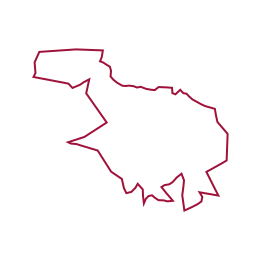 outline of Salvador do Sul, Rio Grande do Sul, Brazil, rotated 9°
{"feature_id": "56859067B24348409477030", "entity_name": "Salvador do Sul", "entity_type": "district", "adm_level": 2, "iso_a3": "BRA", "parent_name": "Brazil", "parent_adm1": "Rio Grande do Sul", "projection": "equal_earth", "projection_center": [-51.535, -29.459], "detail": "fine", "context": "isolated", "style": "outline", "palette": "rose", "viewbox_px": 256, "rotation_deg": 9, "n_neighbors": 0, "source": "geoboundaries", "source_scale": "gbopen_adm2", "svg_char_len": 1247}
<svg xmlns="http://www.w3.org/2000/svg" viewBox="0 0 256 256"><g transform="rotate(9 128 128)"><path d="M64.3,58.5L28.5,66.7L25.5,77.8L28.0,88.1L26.7,92.4L57.0,93.3L62.2,93.5L66.9,97.1L74.0,92.7L77.2,89.6L82.1,86.0L81.3,100.3L106.1,125.9L86.4,143.6L71.1,151.4L74.1,152.3L79.7,151.9L84.0,152.6L101.6,155.0L118.2,173.8L129.9,179.3L133.4,188.1L136.6,192.6L141.3,190.6L144.6,186.1L146.3,181.6L152.2,186.4L153.5,192.9L155.5,200.0L156.7,195.2L158.9,192.0L162.3,190.7L165.1,192.5L169.3,194.5L174.7,193.9L178.3,194.3L183.7,192.9L180.2,189.8L176.9,187.1L170.3,181.1L173.0,178.7L177.5,177.2L180.5,174.5L184.0,169.1L188.0,164.8L191.5,170.9L191.9,177.5L192.1,185.9L196.6,200.7L203.5,196.1L208.7,192.3L212.0,189.1L212.2,184.5L208.7,180.3L227.8,180.6L212.3,159.1L227.6,147.1L230.5,144.6L227.3,118.2L215.4,108.1L213.0,102.0L210.8,95.5L206.9,95.0L200.8,94.3L196.3,93.0L191.4,91.2L187.2,89.7L183.4,87.3L180.5,85.0L177.2,84.9L173.6,82.1L169.6,87.3L166.4,86.6L165.2,81.4L159.2,81.9L151.8,82.8L148.5,86.4L144.8,86.6L139.7,86.5L134.0,85.3L130.6,86.6L126.9,85.8L122.2,86.0L119.1,86.9L115.7,87.1L110.2,85.0L106.1,82.7L102.7,79.8L102.3,74.2L100.5,70.3L96.8,68.8L93.3,67.2L89.9,66.5L91.0,62.3L91.0,55.3L64.3,58.5Z" fill="none" stroke="#9f1239" stroke-width="2"/></g></svg>